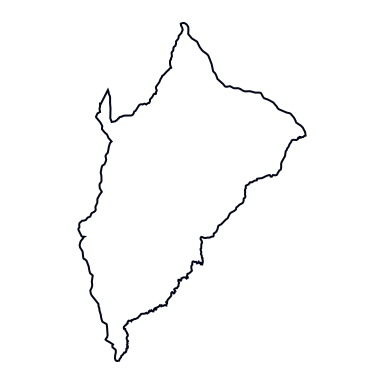 Jericó, Antioquia, Colombia (Natural Earth projection)
{"feature_id": "7082276B41984085227897", "entity_name": "Jericó", "entity_type": "district", "adm_level": 2, "iso_a3": "COL", "parent_name": "Colombia", "parent_adm1": "Antioquia", "projection": "natural_earth1", "projection_center": [-75.766, 5.764], "detail": "fine", "context": "isolated", "style": "outline", "palette": "ink", "viewbox_px": 384, "rotation_deg": 0, "n_neighbors": 0, "source": "geoboundaries", "source_scale": "gbopen_adm2", "svg_char_len": 5973}
<svg xmlns="http://www.w3.org/2000/svg" viewBox="0 0 384 384"><path d="M305.6,135.6L305.1,132.0L302.7,127.5L300.7,125.5L296.3,122.7L294.9,119.4L294.0,117.7L290.7,113.8L289.8,113.3L286.5,112.5L278.7,109.2L277.4,107.8L276.9,106.7L273.2,102.4L268.0,99.6L264.0,98.2L262.9,96.7L261.2,93.4L260.6,92.9L259.4,92.6L255.1,92.6L250.0,91.2L245.1,91.4L242.8,90.6L240.3,89.0L239.1,88.5L238.0,88.2L234.3,88.3L232.8,87.7L230.1,86.2L226.2,86.8L225.4,86.6L224.8,86.2L223.2,84.1L217.5,79.0L216.1,75.1L215.0,73.1L213.5,71.7L213.1,71.1L211.6,64.0L208.6,56.2L207.7,54.8L206.1,53.4L203.1,51.3L201.7,49.8L199.6,46.9L197.1,41.7L191.8,38.4L188.2,34.0L188.4,29.7L188.3,27.2L187.4,25.5L186.3,24.2L184.5,23.1L182.8,23.0L180.8,23.7L181.1,25.7L182.1,27.4L182.7,29.9L181.3,33.1L178.7,36.0L178.6,37.4L178.3,38.6L177.9,39.3L176.4,40.8L176.1,41.5L176.0,44.0L175.7,44.5L175.5,45.7L173.8,47.0L173.5,47.9L173.2,50.7L172.2,51.7L171.6,52.7L171.9,56.6L171.0,58.3L171.0,59.5L170.5,59.9L170.1,60.6L170.0,61.8L170.1,64.8L171.2,67.8L169.9,68.3L168.9,69.6L167.0,71.3L163.5,75.1L162.0,76.1L161.8,77.1L160.4,79.4L159.3,82.2L155.9,87.0L156.1,88.8L156.8,90.4L156.4,91.6L155.9,92.1L155.9,93.8L155.2,94.0L154.4,93.8L153.8,94.1L152.3,96.9L150.0,99.5L149.9,101.5L149.2,102.9L147.6,103.3L146.3,104.5L145.1,103.8L144.3,103.7L142.6,104.5L141.3,104.2L139.9,104.6L139.1,105.2L135.9,110.3L135.3,111.0L134.3,111.5L133.2,114.3L132.0,115.2L131.1,115.5L124.4,115.6L122.6,116.1L121.8,116.7L120.2,116.9L119.1,117.6L118.8,118.4L118.1,118.7L117.0,120.0L115.2,121.3L111.7,122.0L110.3,118.3L110.5,108.2L110.1,103.5L110.1,97.3L109.7,95.6L108.8,93.9L108.6,92.2L107.9,90.0L100.8,103.9L100.0,103.7L100.1,106.5L99.5,108.7L100.1,112.0L97.5,113.4L96.0,116.7L96.2,117.4L100.1,122.1L101.6,124.7L102.3,126.3L102.0,127.9L102.0,129.2L104.6,132.4L107.1,134.6L108.5,138.0L111.6,141.5L110.3,142.7L109.8,143.7L108.9,146.8L107.8,152.7L106.6,154.0L105.8,155.3L105.5,156.1L106.2,159.6L105.8,161.3L104.5,164.3L102.6,165.5L102.0,166.3L101.6,167.7L100.7,172.7L101.4,175.8L101.5,180.9L101.1,182.0L99.7,184.0L99.5,184.9L99.8,188.3L101.8,191.8L99.7,194.6L97.4,198.8L97.3,202.7L95.4,206.8L95.7,210.0L95.2,210.9L94.4,211.7L91.9,213.0L91.4,213.5L90.4,216.2L89.8,216.8L87.6,217.6L85.8,220.0L83.7,220.7L82.2,220.7L79.7,222.9L79.4,223.6L79.2,224.5L79.4,227.3L78.4,228.7L78.4,229.3L78.6,230.2L81.7,236.4L82.9,236.8L83.9,236.6L84.4,236.7L83.4,237.3L83.0,238.4L81.0,240.8L80.5,241.7L79.6,245.1L80.1,247.5L82.0,250.5L82.6,251.7L83.3,258.1L83.7,258.8L85.1,259.4L86.6,260.9L88.6,266.2L89.4,270.7L90.1,273.2L92.6,275.3L92.7,275.7L91.8,281.6L92.2,284.6L92.1,286.3L91.4,288.4L90.3,290.4L90.8,293.7L91.9,295.7L98.4,303.9L98.6,306.7L99.4,308.3L99.3,309.6L99.6,310.9L100.7,314.5L101.3,318.4L102.3,321.4L102.8,322.0L106.4,324.0L106.7,324.4L107.0,326.6L107.6,335.2L107.1,337.3L106.0,338.6L105.5,339.6L107.1,340.9L109.3,342.0L113.1,344.5L112.3,345.8L112.4,347.0L113.1,347.8L115.3,349.5L115.8,350.2L115.8,352.6L115.2,355.1L114.9,358.4L115.6,360.2L116.3,360.8L116.9,361.0L119.0,360.7L119.8,358.8L121.1,357.3L121.2,356.1L122.9,354.6L124.1,352.7L124.9,352.8L125.5,351.9L126.1,351.8L126.2,350.7L126.6,350.0L126.3,348.9L127.5,348.2L127.8,347.5L127.9,347.1L127.1,346.8L127.1,346.4L127.6,345.6L127.0,344.5L127.6,343.6L127.2,341.9L128.0,341.1L126.9,339.7L126.6,338.0L127.1,336.6L127.8,335.9L127.8,334.3L127.0,333.6L127.0,332.7L125.3,330.0L125.2,328.9L123.9,328.8L123.8,327.2L123.9,326.9L124.8,325.8L126.3,324.7L126.5,324.1L126.9,324.0L127.0,323.5L127.7,323.3L127.7,322.0L128.4,320.9L128.6,320.7L130.3,320.9L130.9,320.6L131.4,321.1L131.7,320.1L132.7,320.0L134.0,319.1L135.4,319.0L137.9,317.8L139.5,315.8L140.1,315.5L140.7,314.4L141.4,313.9L145.0,313.6L146.2,312.8L147.1,313.5L147.4,313.5L148.7,312.5L148.8,311.5L149.6,310.6L149.9,310.7L150.0,311.4L151.0,310.9L151.5,310.3L152.4,311.3L153.4,311.4L154.1,309.3L154.7,309.3L154.8,308.4L155.1,308.3L155.6,309.5L156.1,309.6L156.3,309.1L155.8,307.9L157.3,307.4L159.1,306.3L160.0,305.2L161.1,306.2L161.7,305.3L162.8,306.0L164.7,305.1L166.3,305.5L166.3,304.9L167.1,303.1L167.0,302.8L166.3,302.5L166.3,301.9L167.1,301.8L167.6,299.9L171.0,296.1L171.2,295.7L171.3,293.0L172.2,292.0L172.5,292.1L173.6,293.4L174.3,293.2L174.5,292.4L175.4,291.4L174.2,289.5L174.4,289.0L175.5,288.3L177.0,288.1L177.4,287.2L178.4,286.3L178.6,284.1L179.1,282.7L178.3,281.1L178.3,280.1L178.5,279.8L179.5,279.8L180.8,280.6L181.3,279.9L181.4,278.3L183.6,277.4L185.4,277.4L186.6,278.6L187.8,277.8L187.8,277.2L187.0,276.2L187.5,273.8L188.7,273.6L190.6,272.1L191.9,270.7L191.4,268.6L191.3,266.3L191.6,265.5L192.3,264.7L192.3,262.5L192.7,261.7L193.3,261.4L194.8,262.0L196.1,261.8L197.0,263.4L197.5,263.2L198.7,261.7L199.5,263.1L200.1,263.1L200.5,262.7L200.9,262.8L200.9,264.3L202.2,264.5L202.8,261.9L202.8,260.6L202.3,259.0L202.6,258.2L201.9,257.7L201.8,255.8L200.9,253.9L201.2,253.1L201.3,252.2L200.5,249.1L201.2,248.3L201.3,244.7L201.6,243.2L202.0,242.9L201.8,241.1L200.6,239.1L200.6,238.2L200.9,237.3L201.8,236.9L204.0,237.9L205.6,238.0L207.5,237.6L209.6,237.6L211.7,236.6L212.8,236.6L213.4,236.3L213.6,235.9L213.8,233.5L214.9,232.9L216.4,231.5L217.5,229.1L218.4,225.7L221.2,224.3L225.7,219.7L227.6,218.3L229.8,213.7L231.0,212.6L234.1,211.0L235.6,209.8L236.0,209.2L236.3,207.5L238.0,206.2L239.5,204.7L242.4,203.2L243.0,202.4L243.6,200.9L243.7,198.5L244.9,197.8L245.4,196.5L245.0,194.1L245.2,191.7L244.9,190.3L245.1,189.4L245.8,188.2L245.7,186.2L246.0,185.6L248.5,184.4L249.0,183.7L249.5,183.4L249.7,182.5L250.3,182.2L251.9,182.3L254.6,180.6L256.6,180.4L257.0,180.0L257.0,179.0L257.3,178.7L262.0,178.1L267.4,175.5L269.8,175.1L270.7,176.6L271.7,176.7L272.8,175.1L275.6,175.3L276.8,174.9L279.2,170.6L280.7,169.7L281.0,168.6L281.2,166.9L281.1,164.2L281.6,162.1L285.0,156.1L285.7,151.3L286.8,149.9L287.0,148.8L288.5,146.8L289.5,144.3L291.2,141.8L291.6,140.6L292.2,140.1L293.7,139.8L296.4,140.0L297.9,139.1L298.0,138.1L298.2,137.8L299.4,137.9L299.3,137.3L299.5,136.9L300.6,137.0L301.2,137.5L301.9,137.2L303.1,137.1L304.1,136.1L305.6,135.6Z" fill="none" stroke="#020617" stroke-width="2"/></svg>